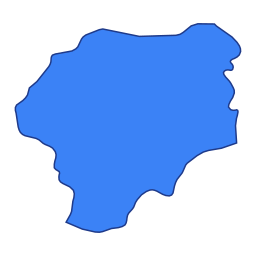 Bistrita-Nasaud, Natural Earth projection
{"feature_id": "ROU-295", "entity_name": "Bistrita-Nasaud", "entity_type": "County", "adm_level": 1, "iso_a3": "ROU", "parent_name": "Romania", "parent_adm1": "", "projection": "natural_earth1", "projection_center": [24.568, 47.164], "detail": "fine", "context": "isolated", "style": "filled", "palette": "blue", "viewbox_px": 256, "rotation_deg": 0, "n_neighbors": 0, "source": "natural_earth", "source_scale": "10m", "svg_char_len": 1802}
<svg xmlns="http://www.w3.org/2000/svg" viewBox="0 0 256 256"><path d="M66.1,222.2L70.4,214.5L71.6,211.4L72.9,201.2L73.9,197.6L74.3,193.7L73.4,190.3L69.7,186.8L62.9,183.5L60.5,181.9L59.1,179.8L58.9,176.9L59.1,175.0L59.6,173.2L59.2,171.6L55.8,169.5L54.3,167.8L54.3,164.2L54.9,161.0L55.8,157.9L56.1,154.7L55.3,151.7L52.6,148.1L49.7,146.3L45.3,144.5L43.1,143.3L39.1,139.9L36.1,138.4L25.0,135.7L22.5,134.4L20.4,132.4L19.1,129.9L18.2,126.9L16.1,113.1L15.4,110.5L15.4,107.5L16.6,105.0L22.9,100.5L25.5,97.9L27.5,95.0L29.4,87.9L36.9,81.6L48.9,66.5L50.2,64.1L50.9,61.8L51.2,57.9L51.6,56.4L52.5,55.1L55.4,54.0L71.9,51.0L75.8,48.9L77.8,46.9L81.5,39.1L83.1,37.0L85.8,35.0L99.3,29.7L102.8,29.0L139.3,36.4L176.0,35.3L180.1,34.3L183.2,32.4L191.2,25.9L197.8,23.8L214.4,24.0L216.5,26.1L232.0,37.0L237.0,42.3L239.4,45.9L240.4,48.6L240.6,51.5L239.3,54.9L237.2,56.9L234.5,58.4L232.2,59.3L230.7,60.5L230.3,61.7L230.9,62.9L232.0,64.0L232.9,65.5L233.2,67.1L232.7,69.2L231.8,70.1L230.5,70.3L229.0,70.0L227.5,69.9L225.8,70.2L224.4,71.1L223.5,72.5L223.8,74.4L225.6,77.0L229.5,81.3L230.9,83.4L233.3,87.9L234.2,90.2L234.3,93.0L232.7,97.5L230.3,101.3L228.8,104.6L228.5,107.1L230.7,109.7L233.0,110.3L235.2,110.2L236.7,109.8L237.7,110.4L238.0,111.9L237.3,115.6L236.5,118.3L235.5,125.7L236.6,143.0L221.5,148.2L208.7,150.4L203.4,152.0L197.1,155.6L187.2,163.2L185.7,165.0L183.0,171.2L182.1,173.0L177.1,179.4L175.6,182.5L174.5,185.9L173.0,193.0L171.6,195.0L169.3,195.9L165.8,195.5L162.6,194.3L156.8,191.1L154.4,190.2L152.2,189.8L149.8,190.1L146.3,191.5L141.5,194.8L137.4,199.5L135.5,202.5L133.7,207.1L132.5,208.9L128.8,213.0L127.6,215.1L127.0,217.8L126.7,220.4L126.1,222.9L125.0,224.9L122.3,226.5L118.5,227.6L111.5,228.5L102.6,231.6L99.5,232.2L95.2,232.0L82.3,229.1L66.1,222.2Z" fill="#3b82f6" stroke="#1e3a8a" stroke-width="1.5"/></svg>